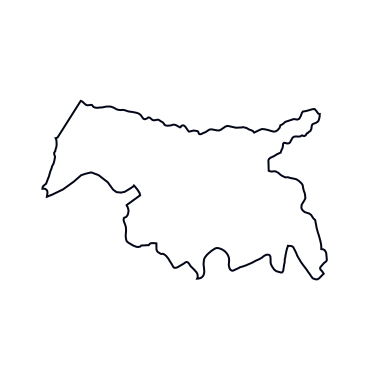 the district of Desruisseaux, Micoud, Saint Lucia, rotated 345°
{"feature_id": "8701671B99321727283863", "entity_name": "Desruisseaux", "entity_type": "district", "adm_level": 2, "iso_a3": "LCA", "parent_name": "Saint Lucia", "parent_adm1": "Micoud", "projection": "robinson", "projection_center": [-60.935, 13.796], "detail": "fine", "context": "isolated", "style": "outline", "palette": "ink", "viewbox_px": 384, "rotation_deg": 345, "n_neighbors": 0, "source": "geoboundaries", "source_scale": "gbopen_adm2", "svg_char_len": 6070}
<svg xmlns="http://www.w3.org/2000/svg" viewBox="0 0 384 384"><g transform="rotate(345 192 192)"><path d="M298.1,305.0L297.1,302.1L296.0,300.3L296.0,298.8L296.4,298.0L298.5,296.5L301.2,294.7L303.3,293.9L304.2,293.2L304.7,292.4L305.8,286.0L305.7,284.4L304.9,282.2L303.4,281.1L302.1,280.6L302.7,278.4L303.1,276.0L303.3,273.0L303.3,266.7L303.1,263.6L303.1,258.5L303.4,255.7L303.7,250.9L302.5,249.1L301.1,244.9L299.7,243.2L295.6,240.5L294.1,238.3L293.6,236.5L293.6,235.4L294.6,232.7L298.3,229.2L299.8,227.6L300.4,224.5L300.6,222.0L300.3,219.9L300.4,216.2L300.7,214.3L300.2,212.4L298.3,209.2L296.1,206.7L294.1,205.6L290.4,203.8L288.4,202.5L286.5,202.2L285.4,201.6L283.0,199.5L281.9,198.2L280.4,195.9L278.2,193.8L276.9,193.3L274.0,192.8L272.8,192.2L271.6,191.3L274.0,181.2L275.1,179.9L276.8,179.2L279.8,178.7L281.8,178.2L283.9,177.5L287.8,176.9L289.6,174.3L291.0,172.7L292.6,168.9L293.6,168.3L294.8,168.7L296.3,169.7L297.7,170.0L298.9,169.8L299.6,169.4L301.5,167.3L303.2,165.6L304.7,165.0L306.7,165.2L309.0,166.0L310.8,166.3L313.0,165.8L314.1,166.7L315.1,167.0L316.4,166.7L318.1,165.1L319.0,165.1L320.0,164.4L321.5,163.9L322.2,163.6L323.6,162.0L324.7,159.3L325.5,158.1L326.4,157.6L329.6,157.3L332.0,156.5L333.3,155.0L334.7,152.4L335.6,149.7L335.1,149.6L334.1,148.7L333.2,146.2L331.9,143.6L329.7,143.2L326.1,143.3L323.1,143.3L319.9,143.0L318.5,144.2L316.9,146.6L314.6,149.0L312.4,149.3L310.3,148.3L309.0,147.9L300.2,148.4L298.3,149.4L296.3,150.2L294.7,150.4L293.2,152.7L290.7,154.4L289.0,155.0L287.5,155.0L286.5,154.8L284.5,153.7L281.3,151.7L277.8,149.9L275.8,149.3L274.4,149.4L271.1,150.0L267.4,150.7L266.4,148.6L263.2,146.3L261.3,144.3L259.8,143.5L258.2,142.6L256.7,142.5L251.1,141.3L244.4,137.8L243.2,137.3L241.0,137.5L236.4,139.2L234.1,139.6L232.2,139.0L227.3,136.6L226.4,136.4L225.6,136.3L224.7,136.3L220.8,137.6L219.5,137.8L218.4,137.9L216.5,138.3L215.5,138.4L214.8,138.3L214.1,138.0L213.7,137.3L213.7,136.2L213.5,135.3L213.2,134.8L212.5,134.4L210.6,133.5L209.4,133.1L208.2,133.0L207.2,133.0L205.3,133.0L204.7,132.8L204.4,132.4L204.1,131.8L202.6,127.6L201.9,126.3L201.1,125.5L200.4,125.3L199.6,125.3L198.8,125.4L197.7,126.5L197.2,126.5L196.5,125.9L194.4,123.8L193.1,122.8L192.1,122.3L191.0,122.1L188.7,122.2L185.7,121.7L184.2,121.1L183.2,120.4L182.7,119.7L182.7,119.2L182.4,118.3L181.9,117.3L179.6,115.0L179.1,114.3L178.2,113.5L177.1,113.2L175.3,113.1L173.9,112.9L173.3,112.7L172.5,112.2L172.0,111.5L170.6,109.5L169.9,108.9L169.2,108.7L168.5,108.9L167.6,109.3L165.4,109.5L164.9,109.3L164.3,108.9L163.8,108.3L163.6,107.7L163.0,106.1L162.6,104.9L161.6,103.3L160.8,102.5L160.1,101.9L159.0,101.2L155.0,99.2L151.8,97.9L150.6,97.2L148.6,95.8L146.6,94.8L144.3,94.4L142.9,93.9L141.5,93.2L140.8,92.8L138.9,91.0L138.2,90.3L136.0,88.7L133.9,87.9L131.1,87.3L130.1,87.2L127.7,87.1L126.8,87.0L125.6,86.7L124.9,86.5L124.2,86.5L122.1,86.1L121.2,85.8L120.4,85.4L118.9,84.4L118.6,83.8L118.3,82.9L117.8,82.0L116.5,81.6L115.7,81.6L113.2,81.1L112.4,80.6L111.5,79.5L109.6,76.5L109.3,76.1L108.1,75.2L76.2,104.6L74.2,104.7L74.3,105.4L74.4,107.3L74.0,109.1L73.3,111.9L72.7,113.2L70.8,116.3L70.5,117.2L69.3,118.1L69.0,118.4L68.7,119.9L68.8,122.8L68.6,123.1L68.2,123.9L66.8,126.8L66.2,127.7L65.6,128.8L65.2,129.1L63.5,131.0L62.0,133.5L61.2,134.4L59.9,136.4L59.2,137.6L58.8,138.2L58.0,139.7L55.3,143.3L53.4,146.0L53.0,146.4L51.8,146.8L50.1,147.7L49.4,148.1L49.1,148.5L48.6,149.5L48.4,150.2L49.8,150.4L50.4,150.7L51.0,151.0L52.0,152.2L52.4,153.4L52.4,154.4L52.1,155.6L50.6,159.0L56.1,158.4L68.1,156.1L80.5,151.4L89.3,147.1L93.8,146.8L99.8,147.0L106.1,151.5L113.1,160.7L116.4,169.3L119.1,172.6L123.3,174.2L127.1,174.4L133.3,172.6L136.8,171.4L137.6,170.7L138.4,172.2L140.0,175.8L141.1,179.4L141.0,181.8L125.5,187.7L125.4,188.3L125.9,189.7L126.0,191.8L125.9,193.4L125.5,194.6L124.4,196.8L123.4,198.0L121.9,199.1L119.8,199.3L119.2,199.9L118.7,201.3L118.6,202.8L118.9,205.5L119.1,208.4L118.3,212.4L116.6,217.1L116.1,220.2L116.1,222.2L116.8,223.7L118.0,225.1L121.1,228.3L123.9,230.4L125.6,231.2L127.9,231.3L129.1,230.6L130.5,230.8L132.9,231.4L134.3,231.6L136.4,232.2L137.9,231.1L138.6,230.9L140.1,231.0L142.2,231.6L144.3,232.4L142.9,237.9L142.8,238.7L142.9,239.4L143.1,240.4L143.6,241.3L145.4,243.2L146.2,243.9L148.0,244.2L148.7,244.8L149.6,245.8L150.4,246.9L151.2,248.6L152.0,250.6L152.3,251.6L152.6,252.8L153.6,255.9L154.4,259.0L154.7,259.9L155.2,260.5L156.1,260.9L157.1,261.0L158.5,261.0L159.4,260.7L161.6,260.1L165.3,259.1L166.3,258.7L167.8,258.2L168.7,258.2L169.4,258.6L169.9,259.1L170.2,259.7L170.6,260.4L171.0,261.9L171.6,263.5L173.9,267.4L175.2,270.0L175.6,270.8L175.8,271.6L176.0,272.5L175.9,273.6L175.5,275.8L174.5,277.0L175.8,277.3L176.8,277.3L177.7,277.3L178.5,277.2L179.4,276.9L180.8,276.1L181.4,275.5L182.0,274.7L182.7,273.5L183.2,272.2L183.5,271.0L183.7,269.6L184.0,268.2L184.3,265.7L184.5,264.7L185.4,262.1L186.4,259.9L187.2,258.9L187.9,258.3L190.1,256.6L191.0,256.1L193.6,254.8L195.3,254.0L196.7,253.5L198.9,252.8L199.9,252.5L200.7,252.5L201.6,252.5L204.0,253.6L206.2,255.3L206.8,255.9L208.5,257.9L209.8,260.5L210.4,262.7L210.5,263.5L210.6,265.4L210.4,266.4L210.1,267.8L209.8,268.8L208.9,271.2L208.6,272.4L208.5,273.3L208.5,275.3L208.7,276.2L209.2,277.3L209.8,278.0L210.7,278.5L211.2,278.6L213.0,278.3L217.7,277.5L218.6,277.1L221.5,277.1L225.5,276.8L227.2,276.5L230.3,276.1L232.0,275.8L235.7,274.9L240.0,274.2L242.2,273.6L245.3,272.3L247.3,271.9L248.9,272.1L249.6,272.4L250.3,272.7L250.7,273.4L251.0,274.5L250.6,277.0L249.9,279.6L249.6,281.0L249.6,282.2L249.8,283.6L250.3,285.4L251.3,288.2L252.6,289.9L253.4,290.6L256.9,292.7L257.9,293.0L258.4,292.9L258.7,292.7L259.7,291.7L262.1,286.2L263.3,283.9L264.0,281.7L264.5,280.3L265.4,278.9L265.6,278.0L267.2,274.9L267.8,273.6L269.1,271.3L270.0,270.1L270.7,268.8L271.5,269.1L273.4,269.7L274.7,270.4L275.2,271.1L275.6,271.8L275.8,272.7L276.7,277.0L277.0,279.0L277.1,280.5L277.4,281.6L278.0,284.0L278.4,285.1L278.9,287.3L280.5,291.5L282.5,296.3L283.7,299.9L284.3,301.2L285.3,304.2L286.1,306.2L286.6,306.9L288.4,308.1L289.8,308.7L290.6,308.8L292.4,308.3L297.3,305.4L297.7,305.3L298.1,305.0Z" fill="none" stroke="#020617" stroke-width="2"/></g></svg>